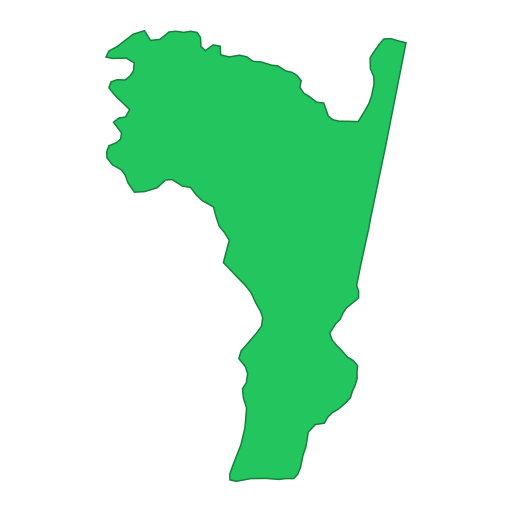 Benevides, Pará, Brazil
{"feature_id": "56859067B32539617912041", "entity_name": "Benevides", "entity_type": "district", "adm_level": 2, "iso_a3": "BRA", "parent_name": "Brazil", "parent_adm1": "Pará", "projection": "mercator", "projection_center": [-48.283, -1.361], "detail": "fine", "context": "isolated", "style": "filled", "palette": "green", "viewbox_px": 512, "rotation_deg": 0, "n_neighbors": 0, "source": "geoboundaries", "source_scale": "gbopen_adm2", "svg_char_len": 2022}
<svg xmlns="http://www.w3.org/2000/svg" viewBox="0 0 512 512"><path d="M134.4,192.2L144.5,191.6L157.1,187.8L165.5,180.0L172.1,179.6L182.4,186.1L190.5,187.4L196.4,195.1L202.2,200.6L213.5,207.0L215.0,212.9L216.7,218.7L219.2,226.1L224.7,232.9L229.3,240.3L226.0,252.5L223.4,262.6L238.2,278.1L245.8,285.8L251.4,293.3L255.7,302.8L260.5,311.2L262.7,317.6L261.5,326.2L256.9,332.6L247.0,344.2L241.1,350.9L238.8,358.6L245.4,366.7L247.6,373.6L246.3,382.9L242.5,388.7L243.4,398.0L246.6,408.0L245.0,427.4L242.7,437.4L240.9,444.8L233.1,464.8L229.9,473.5L229.9,479.9L236.3,481.3L250.9,478.6L265.7,478.4L278.9,479.4L285.7,478.6L293.8,478.6L297.7,474.2L300.5,467.5L303.1,454.9L305.7,447.7L306.9,441.3L308.2,432.1L315.4,424.5L324.3,423.2L327.6,417.3L332.1,412.8L338.5,409.0L345.0,403.5L350.4,397.7L352.4,391.3L354.9,385.8L357.2,378.7L357.0,372.3L357.6,365.8L353.3,360.6L347.0,356.7L341.5,350.3L337.0,345.8L332.1,340.0L329.8,333.2L335.6,323.9L340.1,319.4L343.0,313.1L346.3,308.0L358.6,298.0L358.6,291.0L356.6,285.2L358.8,274.8L360.5,266.1L366.6,238.1L368.9,228.0L370.5,218.7L385.4,147.3L406.0,42.7L399.8,41.3L390.8,38.6L383.7,39.0L378.9,44.8L373.4,52.6L370.1,58.0L370.4,68.8L373.8,76.7L374.0,84.3L371.5,96.2L368.9,103.5L364.7,111.0L358.2,121.6L347.9,121.3L339.2,121.2L332.8,119.7L328.3,116.1L323.7,103.0L316.6,102.2L309.5,96.7L303.8,93.2L299.9,87.4L301.2,80.6L297.0,75.5L291.9,72.3L285.7,70.9L277.7,65.8L271.5,65.2L261.5,62.0L252.8,61.3L247.0,56.9L239.6,55.2L229.2,56.9L220.6,54.8L220.3,46.2L213.1,44.9L205.4,50.7L200.9,46.4L200.5,37.4L197.0,32.4L190.6,31.3L183.8,32.4L175.7,31.2L169.0,32.0L159.9,39.4L150.6,40.4L144.4,30.7L133.2,34.2L117.4,46.4L108.9,51.0L106.0,57.1L112.5,58.4L126.4,58.1L134.2,62.9L133.4,70.9L129.9,76.2L125.0,80.0L117.0,79.7L110.9,82.0L108.9,87.8L113.5,93.6L117.6,98.1L122.1,102.2L129.7,109.6L125.4,117.1L119.4,117.8L113.5,122.2L121.5,132.9L120.6,139.1L116.1,142.8L108.9,145.7L106.7,151.9L107.0,158.0L112.5,164.8L121.5,170.0L125.4,175.5L128.0,182.9L134.4,192.2Z" fill="#22c55e" stroke="#15803d" stroke-width="1.5"/></svg>